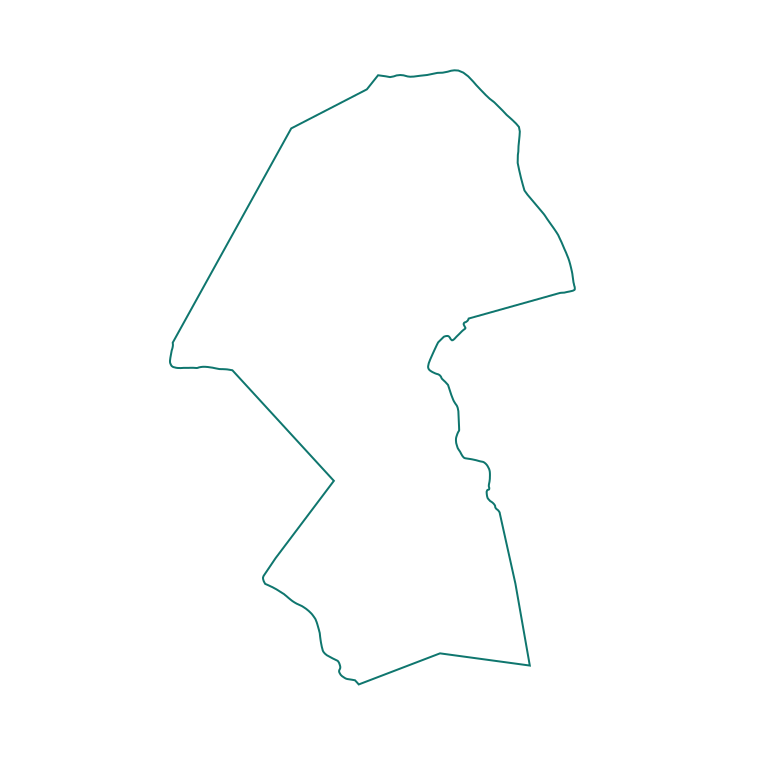 San Jose de Comayagua, Comayagua, Honduras, rotated 349°
{"feature_id": "27666195B469892193745", "entity_name": "San Jose de Comayagua", "entity_type": "district", "adm_level": 2, "iso_a3": "HND", "parent_name": "Honduras", "parent_adm1": "Comayagua", "projection": "orthographic", "projection_center": [-88.038, 14.699], "detail": "fine", "context": "isolated", "style": "outline", "palette": "teal", "viewbox_px": 768, "rotation_deg": 349, "n_neighbors": 0, "source": "geoboundaries", "source_scale": "gbopen_adm2", "svg_char_len": 6120}
<svg xmlns="http://www.w3.org/2000/svg" viewBox="0 0 768 768"><g transform="rotate(349 384 384)"><path d="M229.2,557.5L232.5,559.8L234.1,561.0L235.8,562.2L237.1,563.3L239.3,565.1L244.8,570.3L245.6,571.0L246.8,572.5L247.5,573.3L249.7,576.1L251.2,577.9L252.4,579.3L253.7,580.6L255.0,581.8L256.4,583.0L257.4,583.7L259.6,585.3L261.0,586.3L262.3,587.5L263.1,588.3L264.0,589.2L264.8,590.0L265.6,591.0L266.7,592.3L267.7,593.7L268.8,595.3L269.4,596.3L270.1,597.7L271.1,599.9L271.8,601.6L272.0,602.4L272.1,603.2L272.4,604.6L272.7,607.0L273.0,610.5L273.2,612.8L273.3,614.7L273.4,616.2L273.3,617.4L273.1,619.7L272.9,623.1L272.8,625.7L272.8,627.2L272.8,630.1L273.0,632.9L273.0,633.6L273.2,634.6L273.4,635.2L273.6,635.7L274.1,636.6L274.7,637.6L275.4,638.4L276.1,639.3L276.6,639.7L277.8,640.7L281.3,643.6L284.5,646.0L285.3,646.6L285.8,647.1L286.0,647.4L286.2,647.8L286.3,648.2L286.6,648.9L286.8,649.7L286.9,650.5L287.0,651.3L287.1,652.1L287.1,652.6L287.1,653.1L287.1,653.6L286.9,654.1L286.7,654.8L286.2,655.5L285.6,656.2L285.3,656.8L285.2,657.1L285.1,657.4L285.1,657.7L285.1,658.1L285.1,658.5L285.2,658.9L285.4,659.5L285.6,660.1L285.8,660.7L286.0,661.2L286.3,661.7L286.7,662.2L287.0,662.7L287.5,663.2L288.7,664.4L289.3,665.0L290.1,665.7L290.6,666.0L290.9,666.2L291.7,666.6L295.9,668.1L299.0,669.3L300.8,672.2L301.9,674.1L387.6,659.1L473.4,688.2L474.9,605.1L473.0,533.9L473.0,533.3L473.0,532.5L473.0,532.1L472.8,531.6L472.4,530.7L472.1,530.1L471.8,529.6L471.5,529.2L470.8,528.5L470.6,528.2L470.2,527.6L470.0,527.2L469.8,526.6L469.7,526.1L469.7,525.8L469.8,525.1L469.8,524.7L469.6,524.1L469.3,523.4L468.8,522.4L468.4,521.9L468.1,521.4L467.6,520.8L466.5,519.7L465.9,519.2L465.5,518.5L465.1,517.9L464.4,516.7L464.0,515.8L463.9,515.5L463.9,515.1L463.8,514.2L463.8,513.0L463.9,511.4L464.1,510.1L464.1,509.6L464.3,509.2L464.7,508.5L465.0,508.1L465.3,507.8L465.6,507.7L466.0,507.7L466.4,507.7L466.6,507.7L466.9,507.5L467.1,507.4L467.2,507.2L467.3,506.9L467.4,506.6L467.5,506.3L467.5,506.0L467.4,505.1L467.4,504.6L467.4,504.2L467.5,503.7L467.7,503.2L467.8,502.7L468.8,500.3L469.1,499.5L469.8,497.3L470.1,495.9L470.6,493.7L470.9,492.0L471.1,490.4L471.1,489.7L471.1,489.0L471.0,487.9L470.9,487.3L470.7,486.6L470.3,485.2L469.9,484.0L469.4,482.9L468.9,482.1L468.6,481.6L468.2,481.1L467.5,480.3L466.9,479.7L466.4,479.4L465.8,479.1L465.0,478.8L464.0,478.4L463.3,478.1L459.9,476.4L456.2,474.8L454.1,474.0L452.1,473.3L449.9,472.5L449.0,472.1L448.8,471.9L448.6,471.8L448.3,471.4L447.9,470.8L447.4,469.9L447.1,469.2L446.5,467.5L445.8,465.1L445.3,463.9L444.8,462.8L444.4,461.7L444.1,460.8L444.0,459.9L443.8,458.1L443.7,457.0L443.6,455.7L443.7,454.7L443.8,453.7L443.9,452.9L444.1,452.0L444.4,450.9L444.9,449.8L445.5,448.7L446.6,446.8L447.1,446.1L447.6,445.4L448.5,444.4L448.7,444.2L448.9,443.8L449.0,443.5L449.5,440.4L451.8,424.9L451.8,424.2L451.8,423.0L451.8,421.7L451.7,420.8L451.5,419.9L451.3,419.0L450.9,418.2L450.2,416.6L449.7,415.3L449.2,413.9L448.9,412.6L448.0,407.7L446.8,398.1L446.7,397.3L446.6,397.0L445.8,395.7L444.4,393.4L443.7,392.5L442.5,390.8L442.0,390.1L441.8,389.7L441.6,389.1L441.5,388.7L441.4,388.0L441.2,387.6L441.1,387.2L440.7,386.6L440.4,386.1L440.1,385.7L439.6,385.3L439.0,384.8L438.6,384.6L437.6,384.1L436.9,383.7L436.1,383.2L434.9,382.3L433.8,381.5L432.7,380.5L432.0,379.8L431.4,379.1L431.1,378.6L430.9,378.2L430.7,377.7L430.6,377.2L430.5,376.6L430.5,376.1L430.6,375.6L430.7,375.0L431.3,373.6L431.8,372.4L432.3,371.5L432.9,370.6L433.8,369.1L437.7,363.5L440.2,360.0L443.2,355.9L444.9,353.7L445.3,353.3L446.1,352.8L447.9,351.6L451.5,349.2L451.9,349.0L452.6,348.9L453.3,348.8L454.3,348.8L455.1,348.9L455.7,349.0L456.1,349.2L456.6,349.6L457.0,350.1L457.3,350.7L457.5,351.1L457.8,352.0L457.9,352.4L458.1,352.8L458.3,353.1L458.6,353.5L458.8,353.7L459.0,353.8L459.1,354.0L459.4,354.0L459.8,354.1L460.3,353.9L461.0,353.6L461.7,353.2L464.3,351.3L467.5,349.2L470.4,347.2L472.1,346.2L472.9,345.8L473.8,345.4L474.2,345.1L474.4,344.9L474.5,344.8L474.6,344.6L474.6,344.4L474.6,344.1L474.4,343.7L474.0,342.4L473.8,341.6L473.6,341.0L473.6,340.6L473.7,340.3L473.7,340.1L473.9,339.8L474.2,339.4L474.4,339.2L474.6,339.1L475.1,338.9L475.9,338.9L476.2,338.8L477.3,338.3L477.9,338.0L478.4,337.6L478.8,337.1L479.3,336.5L479.6,335.9L571.5,328.4L572.9,328.3L574.3,328.2L575.5,328.3L577.0,328.5L578.0,328.7L578.4,328.7L581.2,328.6L584.0,328.6L586.7,328.5L587.5,328.4L588.1,328.2L588.8,328.0L589.1,327.8L589.2,327.6L589.4,327.3L589.5,326.7L589.6,326.0L589.7,325.2L589.5,323.6L589.5,322.2L589.4,320.2L589.5,318.8L589.8,313.2L589.9,311.9L589.9,309.5L589.8,306.5L589.7,304.2L589.6,302.2L589.3,298.5L589.1,297.1L588.9,295.6L588.2,292.1L587.8,289.9L586.9,286.1L585.3,278.6L584.5,275.5L583.7,272.3L583.5,271.3L582.9,269.7L582.4,268.4L580.5,263.9L578.5,259.5L575.8,253.5L574.1,249.4L573.6,248.3L573.2,247.5L572.1,245.5L561.0,225.6L558.8,220.9L558.3,215.2L557.8,208.0L557.5,199.9L557.4,192.5L559.1,184.7L560.2,181.5L561.4,176.3L564.4,166.3L565.5,162.1L565.5,157.4L563.3,153.5L560.0,148.8L555.7,143.2L552.7,138.4L545.9,128.4L542.2,124.2L539.1,119.9L535.0,113.6L531.7,108.4L529.3,104.2L525.4,98.1L521.3,93.5L516.8,90.5L513.0,89.5L509.6,89.3L506.2,89.6L501.0,89.6L495.9,88.8L485.3,88.9L478.3,88.3L471.7,87.9L471.2,87.8L468.4,87.4L465.9,86.6L462.0,84.7L458.9,83.8L455.2,83.5L452.3,83.9L448.5,83.9L444.4,82.3L437.1,79.8L423.4,91.5L341.7,115.4L184.5,303.1L184.3,305.2L184.1,306.0L183.8,306.9L183.4,307.9L183.0,308.8L182.1,310.4L181.8,311.1L179.3,317.5L178.5,319.9L178.3,320.6L178.2,321.3L178.1,322.0L178.1,322.6L178.3,323.5L178.4,324.2L178.7,325.0L179.0,325.8L179.3,326.1L179.8,326.7L180.5,327.2L181.1,327.5L182.2,328.0L182.8,328.3L183.6,328.6L184.9,329.0L186.3,329.3L187.7,329.6L190.1,329.9L194.3,330.7L199.0,331.5L200.2,331.8L202.5,332.4L203.5,332.6L203.8,332.6L204.3,332.6L205.6,332.4L206.3,332.4L207.5,332.4L208.9,332.5L209.9,332.6L210.7,332.8L211.4,332.9L212.8,333.3L214.3,333.7L215.4,334.1L218.9,335.3L220.5,336.0L223.7,337.3L225.2,337.9L226.0,338.1L229.2,338.8L230.8,339.2L232.0,339.5L233.0,339.8L235.2,340.6L237.8,341.6L316.3,469.5L244.3,534.3L229.2,549.4L228.3,550.9L228.1,552.2L228.3,554.6L229.2,557.5Z" fill="none" stroke="#0f766e" stroke-width="2"/></g></svg>